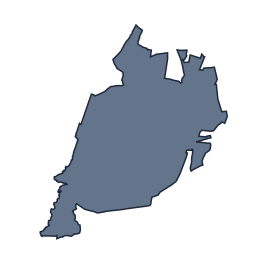 Temascalcingo, México, Mexico, rotated 263°
{"feature_id": "50627088B73169899113331", "entity_name": "Temascalcingo", "entity_type": "district", "adm_level": 2, "iso_a3": "MEX", "parent_name": "Mexico", "parent_adm1": "México", "projection": "mercator", "projection_center": [-100.025, 19.931], "detail": "fine", "context": "isolated", "style": "filled", "palette": "slate", "viewbox_px": 256, "rotation_deg": 263, "n_neighbors": 0, "source": "geoboundaries", "source_scale": "gbopen_adm2", "svg_char_len": 5594}
<svg xmlns="http://www.w3.org/2000/svg" viewBox="0 0 256 256"><g transform="rotate(263 128 128)"><path d="M88.6,49.0L87.9,48.9L86.5,48.5L85.2,49.5L85.3,50.1L85.2,50.4L84.3,50.6L84.3,51.0L84.2,51.3L83.9,51.4L83.5,51.2L82.4,52.8L82.6,53.2L82.7,54.6L82.0,55.4L82.0,55.6L81.8,56.8L81.3,56.9L81.2,57.0L80.6,59.8L80.1,60.0L79.6,60.6L79.3,60.3L79.3,60.2L80.0,59.3L79.2,58.0L79.3,56.8L79.1,56.2L78.3,54.7L78.0,53.7L77.7,53.2L76.5,52.9L75.9,52.5L75.6,52.3L75.2,51.8L74.8,51.5L73.3,50.7L72.8,50.8L72.6,51.0L72.6,51.3L73.0,51.9L73.8,53.0L73.9,53.5L73.6,53.8L73.4,53.9L72.7,53.5L72.1,52.6L71.7,52.2L69.9,51.2L69.0,51.2L68.1,51.5L67.0,51.2L66.7,50.8L66.6,49.8L65.6,49.3L65.4,48.9L65.0,48.9L64.2,48.7L63.2,48.0L63.0,47.7L62.8,47.2L62.8,46.8L63.0,45.9L62.6,45.4L62.0,45.1L61.6,45.0L59.6,45.4L58.8,45.7L57.8,45.7L57.1,45.5L56.9,45.2L56.5,44.6L56.4,44.3L56.3,43.7L56.4,43.4L57.1,42.3L57.0,42.0L55.8,41.4L54.2,40.9L53.8,40.9L51.5,41.8L51.0,42.1L49.6,41.6L49.0,40.8L46.9,40.3L45.9,39.7L45.7,39.4L45.7,39.1L46.0,38.4L45.7,38.0L45.4,37.8L45.0,37.6L43.0,37.4L42.4,37.0L41.7,37.7L41.4,38.1L41.1,38.0L40.5,37.2L39.9,35.7L39.5,34.2L39.1,33.8L38.2,33.8L38.2,33.1L36.1,30.7L35.7,29.7L35.8,28.6L35.7,28.3L35.5,28.2L35.1,28.1L34.2,28.1L33.4,28.3L32.3,28.7L32.2,28.6L31.2,29.0L30.8,29.5L31.5,30.2L30.9,32.8L30.8,34.3L30.1,39.0L29.5,42.3L29.9,44.5L26.8,43.9L28.3,49.5L28.1,49.7L27.7,49.9L28.2,50.5L28.7,51.8L28.9,53.0L28.6,54.7L27.5,58.3L27.8,59.5L29.5,61.9L29.1,62.6L29.1,64.0L29.5,66.7L30.5,67.6L33.3,68.4L37.5,68.5L37.9,67.6L38.8,66.7L39.3,66.7L40.8,66.2L41.4,65.7L42.6,64.0L43.4,64.0L45.1,64.7L48.0,64.9L48.5,64.2L50.2,63.6L51.5,63.6L52.0,62.9L52.9,63.9L53.3,64.9L53.5,66.0L53.6,66.5L54.1,66.6L54.5,67.0L55.7,66.4L57.3,66.8L58.5,67.3L59.0,67.8L52.6,75.2L50.2,81.1L49.6,82.9L49.1,84.2L47.4,87.2L47.4,90.0L47.6,92.1L47.6,94.4L47.7,94.8L48.0,95.0L47.8,112.7L48.0,115.8L48.1,123.8L48.2,135.9L48.4,140.1L48.8,140.7L50.1,141.5L51.1,141.6L56.6,143.4L56.9,146.0L57.9,149.9L60.4,152.0L62.6,156.6L63.1,157.8L64.1,159.7L65.0,161.7L65.1,161.8L65.9,163.8L66.8,165.3L69.3,169.4L76.5,174.2L93.0,182.8L95.9,183.9L96.1,182.6L97.8,183.0L98.8,183.7L98.8,184.1L98.6,184.9L99.0,185.3L98.3,186.6L98.2,187.9L98.1,188.3L99.1,188.6L98.8,189.6L96.0,189.2L93.6,188.6L92.2,188.0L91.4,187.8L90.2,187.5L86.6,187.0L85.6,186.7L80.6,184.9L79.7,184.9L77.5,185.4L77.7,186.1L78.2,186.2L82.1,196.7L81.8,197.3L81.9,197.7L85.3,197.4L86.4,197.6L88.3,198.5L92.4,201.1L93.6,202.0L94.1,202.8L95.7,205.8L96.1,206.3L96.7,206.7L97.2,207.0L100.5,207.9L101.4,208.0L102.8,207.9L103.7,203.4L104.5,200.2L105.9,193.9L108.2,209.1L108.5,209.1L110.5,208.8L110.3,205.3L109.7,205.1L109.8,204.0L110.4,200.7L111.2,197.3L115.0,198.8L114.9,199.0L116.5,200.5L116.6,201.5L116.4,202.3L114.7,209.9L114.7,212.1L114.9,212.6L115.6,213.4L119.7,217.5L121.3,220.5L121.8,221.2L122.5,221.8L120.9,224.6L126.2,227.4L127.2,227.8L127.9,227.9L132.6,227.7L132.8,223.0L145.9,220.7L160.5,221.0L160.8,219.6L165.0,222.3L165.5,222.5L177.9,221.1L177.8,217.8L178.2,210.4L176.5,209.6L177.0,206.0L189.3,212.7L189.4,212.2L189.9,211.7L191.4,211.0L192.3,210.2L188.4,208.4L192.9,198.6L186.0,196.3L186.2,191.8L186.6,191.6L187.7,191.4L188.6,190.6L189.2,190.5L189.3,190.6L189.3,190.8L189.1,191.3L188.9,191.9L188.9,192.1L189.2,192.5L189.7,193.2L190.6,193.6L192.1,194.9L192.8,195.2L193.5,194.8L194.7,194.8L196.8,195.7L197.4,195.9L197.9,196.0L198.2,195.8L198.3,195.2L198.2,193.7L198.3,193.2L198.5,191.4L198.3,191.9L198.2,191.9L199.5,186.2L189.7,188.8L182.3,189.8L176.1,190.1L174.5,190.5L173.8,190.4L172.7,189.9L172.1,189.4L171.4,188.5L170.8,188.0L170.6,187.8L170.3,187.6L169.9,187.6L169.2,187.3L168.9,187.0L168.5,187.0L168.0,187.2L167.7,187.2L166.9,187.1L166.4,186.3L166.2,185.8L166.3,185.6L166.7,185.2L167.5,184.7L168.3,184.0L168.4,183.3L170.4,177.5L170.7,177.5L171.9,174.0L172.4,171.9L172.9,170.4L178.1,171.9L192.2,175.8L197.8,176.4L197.7,167.5L197.8,165.4L195.8,159.0L202.5,160.6L202.8,159.5L202.7,159.0L203.6,157.7L203.2,156.9L204.8,156.3L206.1,153.3L209.1,149.2L209.8,148.3L210.7,148.2L211.7,148.4L212.3,148.3L212.9,148.6L213.0,148.8L213.3,148.9L213.4,149.1L214.0,149.4L214.3,149.6L214.7,149.7L214.9,149.7L215.7,150.1L216.1,150.5L216.5,150.5L216.9,150.5L217.1,150.7L217.3,150.5L217.6,150.6L218.5,151.0L218.9,151.6L219.6,152.1L220.4,152.5L221.3,153.3L223.2,154.1L223.3,154.1L227.0,150.1L228.3,149.3L229.2,148.5L224.3,145.1L224.0,144.7L221.1,143.4L219.6,141.7L219.1,141.4L218.3,141.1L217.4,140.4L217.2,140.3L217.0,140.0L217.0,139.9L216.6,139.8L216.3,139.5L215.6,138.6L214.1,136.8L212.9,136.0L212.2,135.3L210.3,133.9L205.4,130.6L202.4,127.2L197.9,121.4L197.5,121.5L195.1,121.9L193.5,122.3L192.1,122.8L191.3,123.4L188.5,124.3L184.0,129.7L180.8,129.7L176.2,127.6L175.3,128.3L173.1,128.3L172.1,128.9L171.0,128.7L170.8,126.0L171.1,125.0L171.3,123.3L171.4,120.8L171.1,117.7L171.3,116.1L169.0,111.9L167.5,110.3L167.2,109.6L165.6,105.4L163.8,99.0L164.7,98.7L166.1,95.8L137.2,81.7L138.5,80.4L133.0,77.9L132.9,77.8L130.6,76.9L129.6,76.1L128.5,75.8L128.1,75.5L127.6,75.5L127.4,75.3L127.1,75.2L127.1,75.3L126.8,75.1L126.6,74.9L125.9,74.7L125.8,75.0L125.3,75.0L124.4,75.8L123.5,76.3L123.1,76.7L123.1,76.8L122.5,76.7L121.9,76.7L121.7,76.5L121.3,76.5L121.3,76.3L120.2,75.7L119.8,75.7L119.3,75.5L118.1,74.6L116.8,74.3L115.6,73.8L115.2,73.4L112.1,71.8L110.8,71.2L107.8,70.2L106.1,69.3L103.5,69.1L103.3,68.9L103.2,68.0L101.4,67.3L98.2,65.2L97.8,64.7L96.8,62.8L97.4,61.7L96.7,61.2L96.1,61.0L95.6,61.4L94.8,60.9L94.7,61.1L94.1,60.8L93.7,60.1L93.1,59.7L93.6,59.1L93.2,58.8L93.1,58.4L93.1,58.2L92.7,57.8L91.9,57.4L91.3,57.9L90.8,56.9L90.4,53.7L88.6,50.2L88.5,49.8L88.6,49.0Z" fill="#64748b" stroke="#1e293b" stroke-width="1.5"/></g></svg>